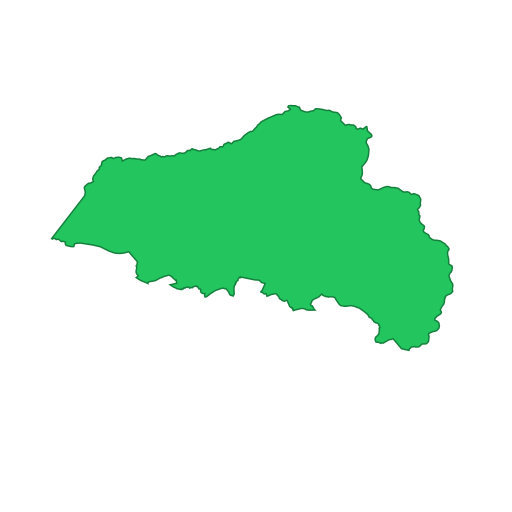 outline of Kirehe, Eastern, Rwanda, rotated 245°
{"feature_id": "39286606B14634167117771", "entity_name": "Kirehe", "entity_type": "district", "adm_level": 2, "iso_a3": "RWA", "parent_name": "Rwanda", "parent_adm1": "Eastern", "projection": "natural_earth1", "projection_center": [30.661, -2.196], "detail": "fine", "context": "isolated", "style": "filled", "palette": "green", "viewbox_px": 512, "rotation_deg": 245, "n_neighbors": 0, "source": "geoboundaries", "source_scale": "gbopen_adm2", "svg_char_len": 6156}
<svg xmlns="http://www.w3.org/2000/svg" viewBox="0 0 512 512"><g transform="rotate(245 256 256)"><path d="M240.2,195.0L241.1,198.7L241.9,204.8L241.2,211.3L240.6,212.9L239.7,213.6L239.1,215.0L235.4,215.9L232.4,215.9L231.2,216.3L231.0,216.9L230.5,217.1L230.5,217.7L229.4,218.3L230.7,220.1L236.0,222.3L238.2,223.8L238.9,225.2L239.5,225.5L239.6,226.0L240.1,225.9L240.7,227.0L241.1,227.1L241.4,229.2L242.5,229.8L243.1,231.2L243.8,232.1L243.4,233.1L243.1,233.0L243.2,233.4L242.3,234.8L234.9,244.8L232.7,248.7L229.5,249.9L227.3,252.7L222.3,247.2L221.7,245.4L221.2,245.2L219.9,246.6L218.1,247.4L217.9,249.0L217.7,249.2L215.0,248.9L214.7,250.2L214.7,253.4L213.6,257.7L213.0,258.6L211.2,258.7L209.9,259.5L207.6,259.3L206.3,259.9L205.6,260.7L204.4,260.9L204.2,261.7L203.0,262.4L202.9,265.2L201.8,265.4L196.0,265.2L194.5,266.0L194.4,266.6L193.6,267.0L193.5,266.6L192.2,267.0L191.8,266.6L190.7,266.8L190.6,268.3L189.3,275.0L187.9,277.4L185.9,279.0L184.6,280.9L182.1,286.6L183.4,286.1L184.7,286.2L187.2,285.9L188.0,285.0L189.5,285.0L190.4,286.7L191.5,287.4L192.0,288.5L192.5,290.7L192.3,292.0L192.4,295.6L193.7,299.5L191.9,300.1L189.4,302.5L189.1,303.4L188.2,304.3L187.6,306.2L186.2,308.8L184.5,310.1L182.9,310.0L176.9,311.0L175.1,312.0L172.6,315.7L170.9,321.1L169.0,323.7L167.3,325.4L166.9,326.2L167.0,326.3L166.6,326.0L165.3,327.5L160.3,330.4L155.8,332.5L152.5,332.8L150.7,334.5L149.1,334.5L148.0,335.2L146.8,335.0L144.6,336.5L144.2,337.5L142.1,338.4L140.9,338.0L140.2,338.4L138.7,338.0L138.6,337.1L137.5,336.8L134.7,335.3L133.7,334.5L132.5,332.6L131.9,330.3L131.2,329.4L129.6,328.5L127.3,328.4L125.7,330.9L124.0,332.3L124.3,333.0L123.3,334.5L123.9,341.3L123.2,343.3L123.1,345.3L110.5,348.7L105.8,354.7L106.9,355.7L107.8,358.3L107.0,361.2L106.0,362.2L104.9,365.0L105.0,366.1L106.1,369.2L104.8,372.3L104.5,373.5L105.4,375.8L106.0,376.5L109.7,378.7L110.4,379.0L111.6,379.0L112.6,379.7L112.8,380.6L112.8,383.5L112.0,388.2L113.2,391.2L115.4,392.8L118.2,393.4L120.4,392.6L122.0,391.1L123.2,391.3L123.8,391.8L125.0,395.0L125.5,398.8L126.3,400.0L127.4,400.4L129.1,400.2L129.8,400.7L131.8,403.4L132.9,405.6L134.3,407.0L138.1,409.3L138.1,409.9L138.7,409.9L139.0,410.2L139.6,411.6L139.8,413.1L139.6,416.6L140.7,419.3L143.2,420.0L145.5,421.6L147.4,422.4L151.6,421.9L156.7,422.5L158.7,425.0L159.1,426.3L160.0,427.3L162.5,429.0L164.2,429.4L166.7,427.6L167.8,427.5L171.7,429.3L176.1,430.2L178.1,431.0L179.4,432.0L179.8,433.0L180.7,433.9L182.8,433.8L187.2,432.3L191.7,429.5L193.6,426.9L195.1,424.0L196.4,422.8L199.4,421.1L201.5,421.4L202.6,421.1L205.5,419.0L207.2,418.2L208.6,418.4L209.6,419.9L211.4,421.1L212.2,421.1L215.7,419.4L218.0,418.9L219.8,419.2L222.7,421.3L223.5,421.5L224.3,421.1L227.3,422.2L229.7,421.9L230.3,422.7L230.9,424.6L232.3,426.5L234.0,427.0L237.8,429.3L241.7,429.1L242.4,428.8L245.4,425.9L245.9,425.0L246.0,423.4L246.4,422.6L248.9,421.7L250.1,420.5L251.3,417.4L252.1,416.3L257.3,413.4L259.5,410.4L261.0,407.4L262.9,405.4L263.7,403.8L264.2,400.9L264.2,395.4L264.4,394.4L267.2,390.1L268.7,389.3L271.1,389.6L272.7,389.1L273.9,388.3L276.6,385.4L281.9,383.5L285.0,386.8L287.6,388.1L292.1,389.6L294.3,394.3L296.0,397.1L299.3,400.2L305.0,403.5L308.5,404.0L311.8,403.7L312.6,403.9L313.6,404.7L315.3,406.6L315.1,410.4L315.4,411.3L316.0,411.8L317.3,412.0L322.7,409.8L324.2,410.6L325.7,410.6L326.0,411.1L326.5,411.0L326.7,410.6L325.8,406.5L327.8,404.6L327.9,401.9L329.0,400.7L330.6,401.1L333.4,399.9L334.8,397.1L335.7,396.4L336.3,394.8L336.7,392.2L342.9,389.9L344.3,390.7L344.7,391.6L345.5,391.7L348.4,391.4L351.1,390.6L352.0,389.7L354.1,386.4L357.1,384.0L357.9,381.7L361.1,377.7L364.1,372.8L364.1,371.4L363.4,369.7L363.5,369.2L364.3,366.0L364.2,365.2L364.6,363.7L365.6,361.8L368.9,358.4L371.3,358.0L372.4,358.3L372.8,358.0L373.2,357.2L375.5,355.3L376.8,352.4L377.6,351.4L378.3,349.1L377.7,348.0L377.0,347.9L375.5,349.0L374.4,349.2L373.9,346.3L374.7,343.6L373.2,339.6L375.0,336.1L375.5,333.9L375.8,325.3L375.5,318.2L375.2,316.7L374.4,315.2L373.9,312.8L372.6,311.0L371.9,308.7L370.6,306.0L370.5,305.4L371.2,303.4L371.0,300.2L370.0,296.0L368.4,292.5L368.1,291.1L368.4,288.1L369.3,284.4L368.2,281.8L368.3,280.8L370.1,279.8L370.9,278.7L370.6,276.4L370.8,274.5L370.4,273.7L369.1,272.5L369.0,272.0L370.2,269.7L369.8,268.4L369.3,267.6L369.5,266.6L369.4,263.8L370.3,262.8L371.6,260.4L372.8,260.3L373.1,259.4L373.4,256.1L374.2,253.4L375.0,249.1L376.6,247.0L377.7,246.3L378.4,245.4L378.8,244.4L380.0,243.8L380.2,243.4L380.1,242.5L379.5,241.2L380.5,238.5L379.6,235.9L379.5,234.7L380.0,233.0L381.9,230.0L381.8,226.3L381.2,224.1L382.3,222.3L383.0,220.0L384.3,218.1L384.7,216.7L384.4,214.9L385.8,213.2L385.6,212.3L385.8,211.9L386.9,211.5L389.1,209.4L390.9,208.7L391.5,207.8L391.5,202.7L391.8,200.4L390.0,196.7L389.9,195.8L392.0,192.2L392.9,191.8L393.8,189.7L395.8,186.9L396.7,184.7L398.2,182.6L398.7,179.8L398.6,175.0L401.8,175.5L403.5,173.5L404.5,170.8L404.6,168.4L404.9,167.6L406.4,166.8L407.5,162.5L406.7,159.9L406.8,158.0L406.4,156.2L403.3,154.0L403.0,152.2L402.3,151.2L401.2,150.9L400.7,150.1L400.1,147.8L398.3,145.1L397.2,142.6L394.9,140.6L392.2,140.1L392.0,136.7L392.7,135.0L391.5,130.3L390.7,129.4L389.7,129.0L387.1,128.6L385.2,127.9L382.9,126.0L358.1,78.1L357.4,78.7L357.4,80.4L356.9,81.1L355.3,81.9L354.8,84.1L351.3,85.7L350.8,87.5L349.0,89.2L347.4,88.2L345.7,88.5L342.7,92.3L341.5,94.8L343.6,96.5L343.5,98.2L342.0,102.2L334.8,113.0L330.2,118.8L322.6,124.9L319.0,128.5L317.5,130.6L315.8,133.8L314.6,137.3L313.6,142.5L300.9,146.1L298.1,144.2L297.7,143.2L296.2,143.1L294.6,142.2L293.3,141.1L291.6,140.4L289.8,140.4L287.9,141.0L287.0,138.3L283.0,140.8L276.8,146.4L277.5,146.6L277.5,147.3L278.0,147.6L276.2,154.4L276.6,160.5L276.2,161.9L276.4,163.6L275.5,169.0L273.5,170.6L268.0,172.8L267.9,173.5L264.8,172.6L266.2,166.0L262.6,168.2L261.7,169.2L259.5,170.7L259.0,171.9L257.5,173.5L256.9,174.6L257.6,175.3L256.9,176.2L257.6,177.2L256.9,178.1L257.3,178.9L256.5,181.3L255.9,182.1L255.0,182.1L254.9,183.6L254.2,184.8L254.2,185.4L254.7,185.9L254.5,187.4L254.1,188.9L253.2,189.6L253.3,190.1L250.2,190.4L249.6,191.5L248.8,191.7L247.4,190.8L245.8,190.9L244.5,191.9L243.6,193.8L241.8,192.6L240.4,192.5L240.1,193.2L240.2,195.0Z" fill="#22c55e" stroke="#15803d" stroke-width="1.5"/></g></svg>